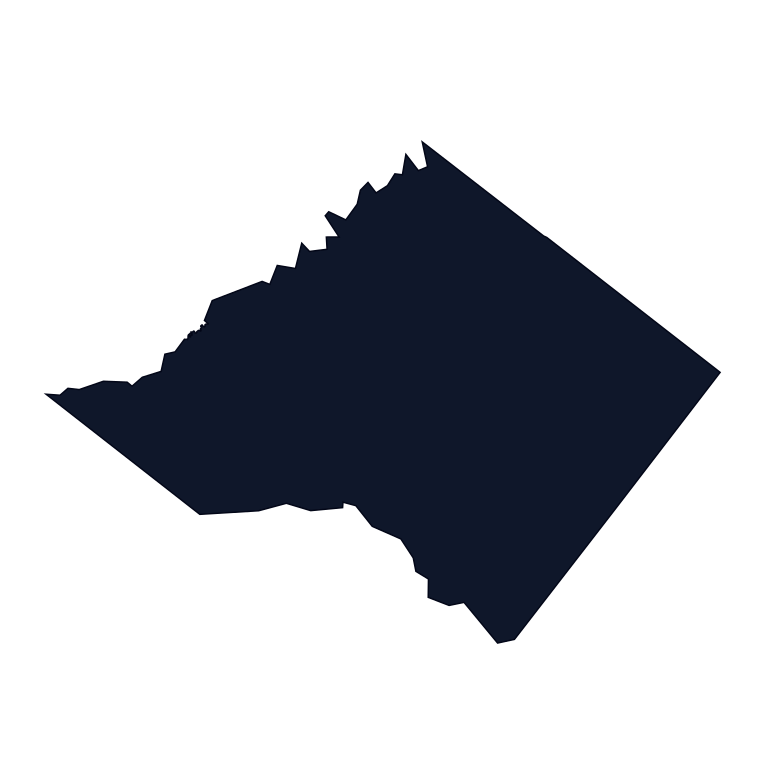 Smith, Texas, United States of America, rotated 308°
{"feature_id": "52423323B77803099717971", "entity_name": "Smith", "entity_type": "district", "adm_level": 2, "iso_a3": "USA", "parent_name": "United States of America", "parent_adm1": "Texas", "projection": "equal_earth", "projection_center": [-95.37, 32.411], "detail": "fine", "context": "isolated", "style": "filled", "palette": "ink", "viewbox_px": 768, "rotation_deg": 308, "n_neighbors": 0, "source": "geoboundaries", "source_scale": "gbopen_adm2", "svg_char_len": 2451}
<svg xmlns="http://www.w3.org/2000/svg" viewBox="0 0 768 768"><g transform="rotate(308 384 384)"><path d="M598.3,265.1L582.0,284.6L573.3,279.7L578.4,259.9L560.2,269.7L556.3,263.2L542.4,264.6L529.7,260.1L533.0,247.3L522.2,246.1L509.2,252.2L489.8,252.9L485.7,234.4L480.4,234.1L472.2,258.1L464.3,248.1L455.1,256.2L442.6,243.7L444.3,232.5L420.5,243.1L411.7,226.9L392.2,232.7L389.8,224.8L344.0,197.3L323.5,203.4L323.3,208.3L323.2,208.4L322.9,208.3L322.6,208.1L321.7,207.0L321.5,206.8L321.1,206.6L320.5,206.5L320.2,206.6L319.5,207.2L319.3,207.4L318.8,207.5L318.5,207.4L318.3,207.1L318.3,206.8L318.3,206.0L318.1,205.1L318.5,204.8L318.6,204.5L318.6,204.4L318.5,204.2L318.3,204.1L317.8,204.0L317.2,203.9L316.9,203.9L316.6,204.1L316.5,204.3L316.5,204.6L316.5,204.8L316.5,205.2L316.4,205.4L316.2,205.5L315.9,205.5L315.1,205.4L314.8,205.4L314.5,205.4L314.3,205.7L314.3,205.9L314.3,206.2L314.2,206.4L313.8,206.8L313.6,206.9L313.3,207.0L313.0,207.0L312.8,206.8L312.7,206.7L312.9,206.2L312.8,205.7L312.5,205.3L312.2,205.0L311.8,204.7L310.8,204.5L310.0,204.3L309.8,204.4L309.7,204.7L309.3,204.8L308.9,204.7L308.7,204.7L307.9,204.0L307.9,203.7L308.3,203.3L308.4,203.0L308.6,202.5L308.7,202.3L308.7,201.9L308.6,201.6L308.5,201.4L308.2,201.3L307.7,201.2L307.0,201.2L306.8,201.1L306.6,200.9L306.5,200.3L306.1,199.9L305.8,200.3L305.7,200.3L305.4,200.3L305.4,200.9L305.5,201.6L305.4,201.7L305.0,201.3L304.9,201.0L304.8,200.9L304.6,200.5L304.4,200.0L304.2,200.0L304.2,200.7L304.3,201.2L304.4,201.8L304.7,202.3L304.7,202.5L304.4,202.7L304.1,202.7L303.7,202.5L303.5,202.3L303.3,202.0L303.0,201.9L302.7,202.0L302.0,202.4L301.9,202.5L301.8,202.4L301.7,202.1L301.6,201.9L301.7,201.6L301.8,201.3L302.2,200.9L302.5,200.9L303.0,200.4L303.0,200.2L303.0,199.9L302.9,199.7L302.6,199.6L302.4,199.6L301.8,199.9L301.4,199.9L301.2,200.0L300.9,200.3L300.4,200.7L300.2,200.7L300.0,200.9L299.9,201.2L299.7,201.5L298.5,201.5L298.3,201.6L298.1,201.6L298.1,201.2L297.6,200.8L297.2,200.5L297.0,200.2L296.7,199.5L296.6,199.4L296.4,199.2L280.7,199.6L272.6,193.0L256.7,200.6L240.5,189.4L227.1,186.8L227.3,180.5L213.4,161.2L192.0,147.3L186.0,137.6L175.7,135.6L167.9,124.0L167.9,319.1L207.0,363.3L229.9,380.5L239.1,404.2L261.1,427.5L265.6,424.4L270.8,436.7L264.6,462.4L272.3,492.7L265.0,514.1L256.0,524.5L257.7,539.1L243.1,550.2L249.6,571.6L261.2,581.5L249.8,633.0L263.1,644.0L427.7,643.2L600.1,641.7L599.7,422.0L598.9,418.7L598.3,265.1Z" fill="#0f172a" stroke="#020617" stroke-width="1.5"/></g></svg>